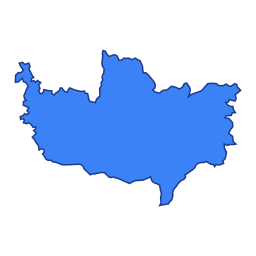 Coxilha, Rio Grande do Sul, Brazil (Mercator projection)
{"feature_id": "56859067B95404492612239", "entity_name": "Coxilha", "entity_type": "district", "adm_level": 2, "iso_a3": "BRA", "parent_name": "Brazil", "parent_adm1": "Rio Grande do Sul", "projection": "mercator", "projection_center": [-52.345, -28.125], "detail": "fine", "context": "isolated", "style": "filled", "palette": "blue", "viewbox_px": 256, "rotation_deg": 0, "n_neighbors": 0, "source": "geoboundaries", "source_scale": "gbopen_adm2", "svg_char_len": 3124}
<svg xmlns="http://www.w3.org/2000/svg" viewBox="0 0 256 256"><path d="M240.6,90.3L239.0,88.6L237.2,87.1L236.8,84.5L234.6,83.7L231.3,86.1L229.3,86.2L226.0,84.0L223.8,85.5L219.1,85.7L216.2,83.6L212.9,83.3L207.9,83.6L205.4,86.3L201.5,90.8L191.2,94.5L188.6,96.6L189.7,92.8L190.3,89.6L189.7,87.5L186.7,83.0L184.3,83.7L182.2,87.5L179.1,89.0L175.9,87.3L171.5,86.2L167.1,89.9L163.4,90.2L161.1,91.6L159.8,93.1L155.3,92.1L152.7,89.9L155.0,87.8L155.2,85.1L154.4,82.3L147.7,74.2L145.6,72.6L143.5,72.9L142.8,70.6L142.6,66.9L141.5,63.9L139.9,60.5L137.5,59.7L135.2,58.1L132.2,59.7L128.5,58.1L126.1,58.4L123.9,58.1L121.6,60.1L118.9,60.2L118.0,57.6L116.5,55.4L113.9,54.8L109.1,56.5L106.5,53.6L105.5,51.3L103.0,50.5L102.3,53.2L102.8,55.5L101.9,63.6L102.3,65.7L104.1,68.7L103.8,72.6L102.3,75.8L102.2,78.0L102.8,80.1L101.1,82.7L101.4,86.1L99.7,88.3L99.9,96.0L96.7,98.9L95.3,102.6L89.7,101.3L88.7,99.1L88.4,96.8L87.6,93.6L85.3,93.2L84.4,91.1L81.4,91.5L76.2,90.4L72.5,89.1L69.9,87.9L68.3,89.5L67.7,92.0L65.0,91.7L63.3,90.1L62.3,88.2L60.3,87.9L59.2,90.8L56.1,92.8L54.1,95.1L51.8,93.3L51.8,90.9L48.7,90.7L43.9,89.6L43.4,92.0L41.9,93.8L39.8,93.2L38.7,90.4L40.0,88.4L38.6,85.3L40.7,82.6L37.4,80.5L35.5,82.4L34.0,80.7L31.1,81.3L31.6,78.5L33.7,77.5L32.1,75.3L31.1,73.2L30.1,71.2L28.8,68.5L30.1,66.8L28.8,63.1L24.7,64.4L22.5,62.4L19.2,63.1L20.4,66.0L23.4,70.2L21.2,72.6L18.2,72.6L15.6,75.3L15.4,82.2L18.4,81.9L22.3,78.1L23.4,81.6L26.0,82.7L28.3,86.4L26.9,88.3L25.3,92.5L23.9,95.7L24.6,98.8L26.3,100.2L23.4,101.6L23.3,105.2L28.8,107.6L27.0,110.8L28.9,112.9L26.8,114.7L24.9,113.6L22.5,115.9L20.2,116.7L20.6,119.4L22.7,118.7L24.4,119.9L23.4,122.8L26.8,123.7L29.2,122.7L31.4,124.9L32.9,127.2L35.8,127.1L35.4,129.5L33.7,130.4L36.3,133.3L32.3,137.2L34.6,139.8L36.4,143.0L38.4,145.6L39.1,150.1L41.6,148.6L43.9,149.8L44.2,152.3L42.5,153.9L44.1,155.8L46.1,159.3L48.1,160.3L50.8,160.2L52.9,161.9L56.4,162.4L61.9,164.7L66.0,164.8L75.5,164.4L78.0,164.1L81.3,164.6L83.4,166.9L84.3,169.2L86.9,171.4L90.2,174.8L92.5,173.8L94.5,174.0L98.6,173.0L101.6,172.4L104.7,172.9L108.9,177.0L111.0,177.5L113.0,177.0L118.5,178.6L129.5,183.5L134.8,180.7L143.2,180.1L150.6,176.9L151.5,180.0L152.6,181.7L154.2,182.8L157.0,183.8L159.6,185.1L160.5,190.2L161.4,193.4L160.6,197.6L161.1,202.9L159.7,205.5L161.8,205.0L168.5,203.9L169.7,201.7L171.4,200.4L172.3,198.3L172.8,195.5L172.7,192.3L173.7,189.4L176.2,186.4L178.2,183.5L180.7,180.9L183.7,179.4L185.6,177.3L185.0,175.0L187.0,173.7L189.3,172.1L191.5,170.5L193.4,169.0L194.8,167.6L195.8,165.3L198.0,163.3L200.9,162.6L203.8,162.4L206.5,161.6L208.5,162.9L211.1,164.3L213.6,164.6L214.7,166.6L216.2,164.6L218.3,164.9L220.5,164.7L223.6,163.4L223.0,161.0L225.1,158.7L225.9,155.6L226.5,152.1L225.3,150.3L224.4,147.8L224.2,144.0L227.2,145.4L229.8,144.5L233.6,144.5L235.9,144.0L233.2,141.7L232.5,136.3L228.6,133.3L229.6,131.4L230.9,129.1L232.8,126.8L232.4,122.4L228.9,118.5L224.9,117.8L226.0,115.8L231.2,115.5L232.3,112.8L235.4,112.7L233.5,109.8L232.8,106.4L230.5,106.4L227.6,105.0L225.8,102.4L228.1,102.1L229.8,99.5L231.9,100.4L235.2,101.0L236.1,98.7L235.2,94.5L237.6,92.9L240.6,90.3Z" fill="#3b82f6" stroke="#1e3a8a" stroke-width="1.5"/></svg>